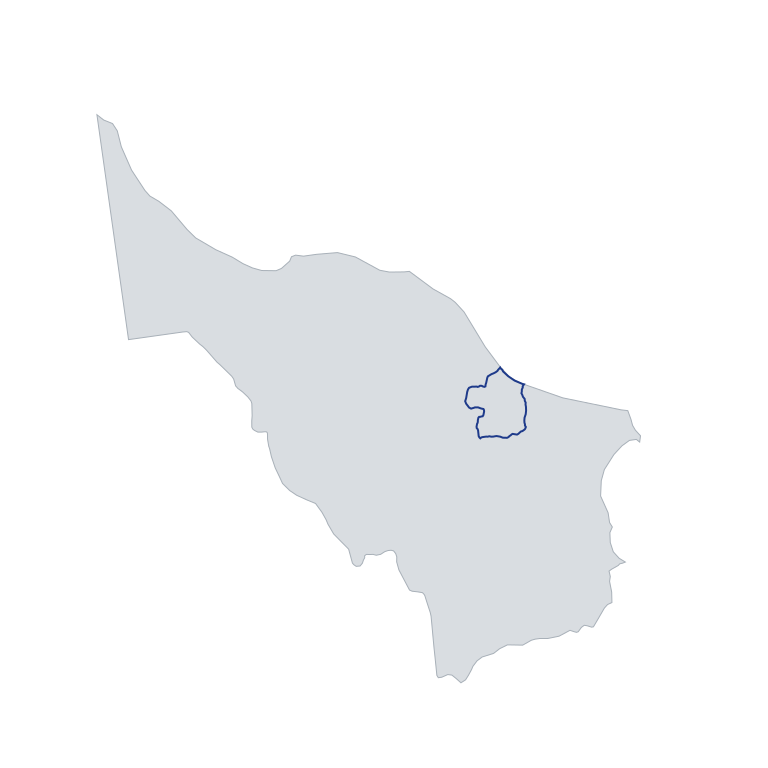 Morocco, with Rabat - Salé - Zemmour - Zaer highlighted, rotated 82°
{"feature_id": "MAR-1451", "entity_name": "Rabat - Salé - Zemmour - Zaer", "entity_type": "Region", "adm_level": 1, "iso_a3": "MAR", "parent_name": "Morocco", "parent_adm1": "", "projection": "mercator", "projection_center": [-6.34, 33.685], "detail": "fine", "context": "in_parent", "style": "outline", "palette": "blue", "viewbox_px": 768, "rotation_deg": 82, "n_neighbors": 0, "source": "natural_earth", "source_scale": "10m", "svg_char_len": 3810}
<svg xmlns="http://www.w3.org/2000/svg" viewBox="0 0 768 768"><g transform="rotate(82 384 384)"><path d="M83.6,624.8L88.3,616.6L96.2,612.9L112.6,611.1L137.1,604.2L159.1,593.8L165.3,589.7L171.9,581.4L183.0,570.5L203.6,557.5L213.1,550.2L227.6,531.9L237.2,516.7L245.2,506.9L250.7,498.2L254.6,489.3L256.8,475.1L255.3,469.5L249.2,460.3L245.1,457.9L244.1,453.6L246.2,445.9L246.2,432.8L247.4,411.8L254.2,394.7L270.8,372.3L273.9,363.1L275.8,348.4L276.0,343.2L296.7,322.2L308.9,306.1L313.1,302.1L323.8,294.7L361.3,278.6L382.5,267.0L394.8,258.5L402.2,248.5L422.6,208.9L442.6,152.8L444.3,146.3L453.2,144.4L459.6,143.6L464.7,141.5L471.0,137.2L477.1,138.9L474.0,141.8L474.0,148.8L478.3,156.9L485.8,166.1L499.4,177.7L510.0,182.3L525.1,185.1L542.7,180.0L552.6,179.9L557.4,177.8L562.6,181.0L572.5,182.0L582.1,180.3L589.3,175.4L593.9,169.8L594.6,172.6L594.9,175.6L596.3,177.3L599.1,184.4L600.6,187.2L606.1,186.7L610.9,188.1L621.7,187.5L632.1,188.7L633.5,193.3L636.5,196.9L647.2,205.3L653.6,210.4L653.7,212.2L651.7,216.4L650.8,219.3L652.5,222.4L656.4,226.2L656.7,228.0L655.8,230.1L653.8,234.1L658.1,245.8L658.8,257.2L657.7,265.3L657.7,269.9L658.3,273.9L661.9,283.0L659.5,298.1L662.2,306.3L666.0,312.9L668.0,324.8L671.1,330.4L676.0,335.3L678.9,337.0L684.3,341.0L688.3,344.4L690.6,349.4L685.6,353.6L681.7,357.3L680.6,361.3L682.4,367.6L682.4,371.1L679.9,372.2L669.7,371.8L661.7,371.5L652.5,371.2L639.5,370.6L631.5,370.2L620.5,369.7L616.7,370.0L606.6,371.8L599.4,373.0L598.2,373.4L596.0,374.9L594.5,379.6L593.1,385.0L591.6,387.4L570.2,395.1L561.9,396.2L557.0,395.4L553.6,396.0L550.6,397.7L549.6,400.2L549.5,403.3L550.1,406.5L552.2,411.0L552.5,415.5L551.2,418.6L550.9,421.8L550.3,425.2L551.4,427.1L553.4,427.3L555.5,428.9L558.4,430.3L560.9,433.0L560.7,436.9L558.7,439.1L556.9,440.2L548.9,441.2L542.6,442.0L534.3,448.2L525.5,454.7L515.0,459.0L510.4,460.2L502.4,463.3L492.8,468.4L488.0,476.6L482.0,486.0L476.3,492.3L468.4,498.3L461.1,500.5L451.9,503.4L440.3,505.6L432.0,506.3L429.6,506.8L422.3,507.0L418.8,506.5L416.2,506.3L415.1,506.9L414.7,508.4L414.6,511.8L414.1,515.6L411.8,518.9L410.2,520.3L408.3,520.9L402.2,520.1L397.1,519.0L385.0,517.6L382.6,518.0L381.7,518.4L377.9,520.6L372.1,525.2L368.1,529.3L365.2,531.2L358.1,532.2L355.1,533.7L342.0,543.8L339.2,546.3L325.7,555.1L321.9,558.0L318.9,560.9L310.8,567.4L305.7,570.3L304.7,572.0L304.5,575.9L304.5,584.7L304.5,593.0L304.5,605.2L304.5,617.4L304.5,630.8L77.4,630.8L83.6,624.8Z" fill="#d9dde1" stroke="#a8b0b8" stroke-width="1"/><path d="M383.9,266.7L384.7,266.4L386.4,264.9L388.2,264.3L393.5,260.0L398.8,254.2L403.3,246.7L403.8,245.4L405.6,247.0L406.8,247.1L408.7,248.3L410.7,248.6L412.3,249.2L413.9,248.6L416.0,248.2L418.3,246.8L420.3,246.9L422.1,246.3L424.0,246.7L426.4,246.6L430.2,247.0L433.7,247.9L436.9,249.5L439.6,250.1L441.9,250.3L443.5,250.0L444.7,250.2L446.3,249.5L448.1,250.5L448.7,251.2L449.9,253.5L450.0,254.8L450.9,256.3L452.0,257.8L452.6,259.3L451.3,263.6L451.7,264.7L452.5,265.8L453.0,267.0L453.9,268.1L454.4,269.6L453.7,273.8L452.3,276.3L451.2,279.8L451.2,281.1L451.3,283.1L451.1,285.1L450.4,287.0L450.6,288.6L450.3,290.2L450.3,291.6L450.3,293.1L450.3,294.2L450.6,295.3L451.2,296.2L450.2,297.0L448.8,297.5L443.0,297.3L441.6,297.6L440.6,298.3L439.2,298.3L436.4,297.4L435.5,296.7L434.2,296.3L432.9,296.1L430.5,295.2L429.8,294.4L429.9,293.2L429.7,292.1L429.7,290.8L428.6,289.9L425.2,288.7L423.8,288.6L422.6,289.0L421.8,291.2L420.2,294.2L420.1,295.4L419.8,297.1L420.1,298.4L420.5,301.2L419.2,303.0L414.9,305.4L412.3,306.0L409.4,304.6L403.4,302.7L401.1,301.6L399.6,300.3L398.9,297.4L399.5,292.4L399.9,291.8L399.8,290.6L399.1,289.1L399.4,287.5L400.2,286.4L400.8,285.0L400.5,283.9L398.5,283.4L397.2,282.7L392.3,280.9L390.9,280.1L389.2,276.2L388.7,274.1L387.9,271.8L386.8,269.8L385.9,269.1L384.0,266.8L383.9,266.7Z" fill="none" stroke="#1e3a8a" stroke-width="2"/></g></svg>